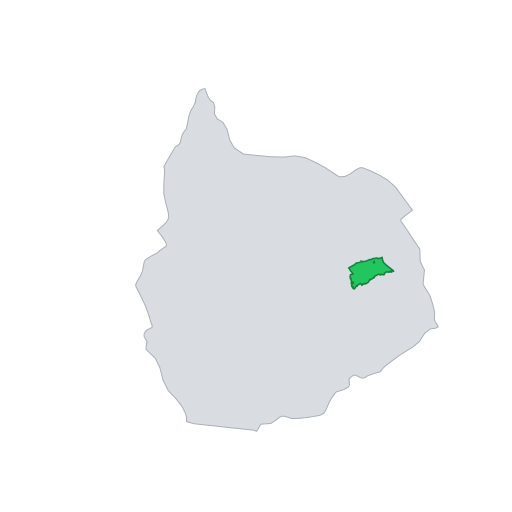 location of Mazowe, Mashonaland Central, Zimbabwe, rotated 54°
{"feature_id": "62879985B76003628227782", "entity_name": "Mazowe", "entity_type": "district", "adm_level": 2, "iso_a3": "ZWE", "parent_name": "Zimbabwe", "parent_adm1": "Mashonaland Central", "projection": "mercator", "projection_center": [31.124, -17.263], "detail": "fine", "context": "in_parent", "style": "filled", "palette": "green", "viewbox_px": 512, "rotation_deg": 54, "n_neighbors": 0, "source": "geoboundaries", "source_scale": "gbopen_adm2", "svg_char_len": 5048}
<svg xmlns="http://www.w3.org/2000/svg" viewBox="0 0 512 512"><g transform="rotate(54 256 256)"><path d="M349.2,409.5L345.3,406.8L340.0,405.1L333.3,404.3L324.5,404.6L313.7,406.1L302.1,404.3L289.8,399.4L279.5,397.6L267.2,399.8L266.7,399.8L264.6,398.1L261.2,394.5L255.6,393.9L254.1,393.0L252.9,391.7L252.1,390.0L251.7,388.1L252.7,382.1L252.1,381.5L250.7,380.7L247.6,380.0L240.2,377.3L231.0,374.7L215.9,371.9L210.1,371.1L208.7,370.3L207.1,368.1L204.2,361.3L201.5,356.8L195.0,349.8L194.0,347.7L194.3,342.2L194.8,337.8L195.5,334.0L195.1,330.5L195.1,326.1L195.3,323.2L194.4,321.9L192.0,321.0L185.4,320.6L177.3,320.8L177.0,316.4L176.3,309.5L174.7,305.6L172.9,303.5L169.2,301.4L161.7,298.5L151.4,294.0L142.7,287.5L132.7,279.3L129.5,277.9L125.9,270.2L120.2,257.1L120.6,252.8L119.7,250.6L114.3,244.2L113.1,240.9L112.1,237.5L103.4,228.1L100.4,224.0L98.2,218.8L95.9,214.6L94.0,212.9L91.6,210.0L89.8,206.8L89.0,204.3L89.7,201.1L90.5,198.9L98.8,201.2L103.3,201.4L106.9,200.2L111.3,201.8L116.5,206.0L122.2,206.8L128.3,204.2L136.6,205.0L147.1,209.2L155.8,210.0L166.1,206.3L175.4,195.9L184.0,186.2L192.6,175.0L197.7,165.9L205.2,158.5L215.2,152.9L225.3,148.1L240.8,142.2L243.9,137.4L244.9,132.1L244.9,124.8L245.7,120.1L247.3,117.9L249.9,116.2L253.2,114.0L263.4,108.5L272.0,104.9L282.4,102.6L293.7,102.6L304.7,102.5L310.9,102.5L311.0,109.6L311.5,117.5L312.7,118.2L321.0,118.4L334.2,119.0L347.0,119.5L355.1,125.2L357.9,126.5L366.4,128.0L377.2,137.6L390.2,138.5L399.2,141.5L407.0,144.8L411.6,148.7L414.5,149.6L418.5,149.9L420.4,150.3L420.0,153.1L417.4,158.0L417.7,164.9L421.3,174.5L421.8,182.8L420.7,197.6L420.8,211.9L421.1,217.0L421.7,220.4L422.5,222.3L422.4,224.4L420.2,230.4L418.4,236.8L418.4,239.3L417.7,241.1L416.4,242.7L410.7,245.6L409.8,247.4L409.8,250.7L410.5,253.5L412.6,254.5L415.2,256.1L416.2,258.2L416.2,260.3L415.4,264.4L413.1,271.1L415.4,278.8L418.0,283.8L421.5,289.6L423.0,293.2L422.9,295.7L422.4,298.2L417.1,308.9L413.3,315.5L408.6,322.5L402.5,327.0L400.9,329.1L400.3,331.6L400.5,336.9L400.2,342.4L394.9,351.0L398.2,358.4L397.5,359.1L395.7,360.1L388.1,368.5L380.5,376.9L374.9,383.1L368.5,390.1L361.4,398.0L355.3,404.7L349.2,409.5Z" fill="#d9dde1" stroke="#a8b0b8" stroke-width="1"/><path d="M348.8,155.3L347.7,155.1L349.1,153.7L348.5,153.5L340.5,155.8L340.0,155.9L340.0,156.0L336.0,156.6L335.8,156.6L335.0,156.3L333.3,155.8L331.3,154.8L331.0,155.5L330.9,157.0L330.0,158.0L329.9,158.6L328.6,159.4L327.9,160.8L327.5,161.8L326.9,162.7L326.8,163.1L326.6,163.8L326.6,165.1L326.1,165.6L325.7,165.9L325.5,166.8L324.8,170.2L323.2,173.0L322.1,173.8L322.5,173.9L322.8,174.0L322.6,174.3L322.6,174.5L322.2,175.7L321.7,176.7L320.5,179.5L321.1,181.4L320.8,182.5L320.7,183.0L320.5,183.6L320.5,183.9L320.6,184.6L320.4,185.7L320.2,186.5L320.2,188.0L321.6,188.0L323.6,188.3L325.2,188.0L326.2,188.1L327.7,188.2L326.6,190.3L327.1,191.0L327.8,191.9L329.9,193.0L330.2,192.4L331.2,193.1L332.5,193.7L333.1,194.1L333.8,194.7L333.8,193.8L333.9,193.0L333.9,192.9L334.9,192.9L335.1,193.3L335.2,194.4L335.3,195.3L335.8,195.5L336.0,195.7L336.5,196.2L336.6,196.3L336.8,196.3L338.0,196.4L338.0,195.9L338.5,196.3L338.6,196.1L338.8,196.5L340.4,196.0L340.4,195.9L340.0,194.1L339.1,192.0L339.8,191.7L339.1,190.7L339.4,190.9L339.4,190.7L339.4,190.4L339.5,189.8L339.5,189.1L339.5,188.7L339.6,187.6L340.7,187.6L341.8,187.6L341.8,187.3L342.0,186.9L342.0,186.7L341.9,186.6L341.6,186.5L341.6,186.4L341.7,186.2L341.5,185.9L341.9,185.7L342.2,185.3L342.2,185.2L342.2,184.9L341.9,184.8L342.0,184.8L342.0,184.7L341.9,184.6L341.9,184.4L342.0,184.4L342.2,184.2L342.3,184.2L342.5,184.1L342.8,183.9L342.9,183.7L343.0,183.6L343.1,183.4L342.9,183.3L342.8,183.2L342.8,182.9L342.9,182.7L343.0,182.6L343.0,182.4L343.1,182.2L343.2,181.9L343.2,181.7L343.3,181.3L343.2,181.2L343.2,180.2L342.7,179.6L342.6,179.2L342.2,178.2L342.0,177.8L341.9,177.7L341.9,177.4L342.0,177.4L342.1,177.5L342.3,177.5L342.5,177.6L342.6,176.2L342.7,175.2L342.8,174.3L342.8,174.2L342.9,173.4L342.5,173.6L342.4,172.6L342.3,171.6L342.2,171.5L342.2,171.4L342.0,171.2L342.6,169.9L342.7,167.7L344.2,166.6L344.1,166.4L344.3,166.3L344.3,166.2L344.5,166.2L344.4,166.0L344.4,165.9L344.5,165.9L344.6,165.7L344.6,165.4L344.7,165.2L344.8,165.1L345.0,165.0L345.1,164.8L345.3,164.6L345.6,164.5L345.7,164.4L345.8,164.3L345.8,164.2L346.0,164.1L346.0,163.9L346.1,163.7L346.2,163.4L346.3,163.3L346.2,163.2L346.2,162.9L346.1,162.7L345.7,162.6L345.5,162.4L345.6,162.2L345.6,161.8L345.6,161.7L345.6,161.2L345.5,160.9L345.5,160.7L345.5,160.4L345.5,160.2L345.4,160.0L345.4,159.9L345.5,159.7L345.8,159.4L346.2,159.1L346.3,158.9L346.6,158.7L346.8,158.5L346.8,158.4L347.0,158.3L347.0,158.1L347.0,157.7L347.3,157.4L347.5,157.4L347.6,157.2L347.7,156.9L347.6,156.7L347.8,156.5L347.9,156.4L347.9,156.2L348.0,155.9L348.0,155.7L348.1,155.8L348.2,156.0L348.3,156.0L348.3,155.9L348.6,155.9L348.7,155.7L348.8,155.6L348.8,155.4L348.7,155.3L348.8,155.3ZM330.3,164.6L330.2,164.6L330.0,164.3L330.0,163.8L330.2,164.0L330.6,164.2L330.8,164.2L331.0,164.2L331.0,164.3L330.8,164.6L330.7,164.5L330.4,164.7L330.3,164.6Z" fill="#22c55e" stroke="#15803d" stroke-width="1.5"/></g></svg>